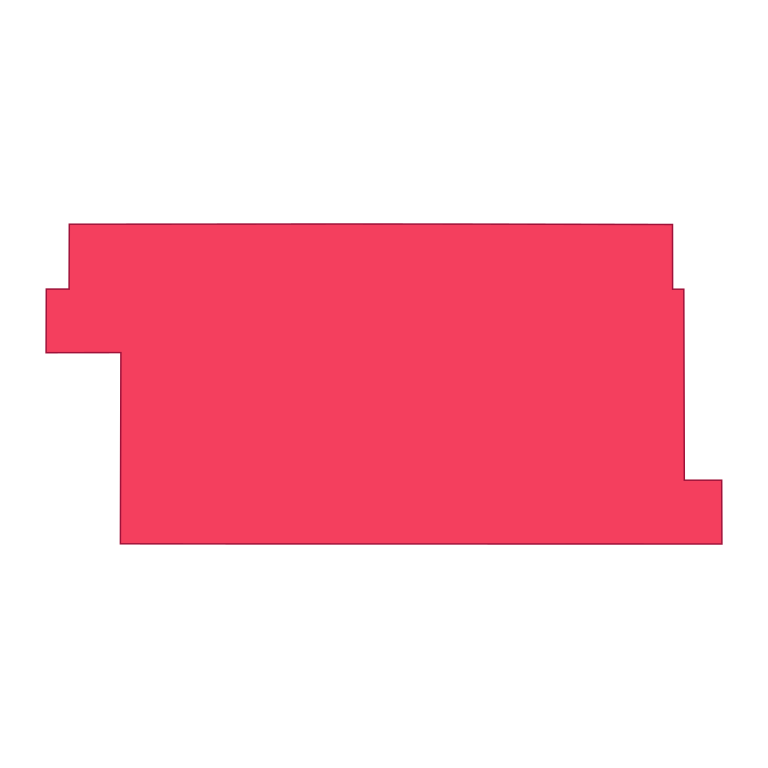 outline of Daniels, Montana, United States of America
{"feature_id": "52423323B93152505552387", "entity_name": "Daniels", "entity_type": "district", "adm_level": 2, "iso_a3": "USA", "parent_name": "United States of America", "parent_adm1": "Montana", "projection": "equal_earth", "projection_center": [-105.604, 48.781], "detail": "fine", "context": "isolated", "style": "filled", "palette": "rose", "viewbox_px": 768, "rotation_deg": 0, "n_neighbors": 0, "source": "geoboundaries", "source_scale": "gbopen_adm2", "svg_char_len": 356}
<svg xmlns="http://www.w3.org/2000/svg" viewBox="0 0 768 768"><path d="M244.9,543.9L721.9,544.0L721.7,480.2L684.3,480.2L683.8,289.2L672.6,289.2L672.5,224.5L573.2,224.3L464.4,224.1L343.0,224.0L237.4,224.1L104.6,224.2L69.3,224.2L69.1,289.1L46.3,289.1L46.1,352.7L120.9,352.6L120.4,543.8L244.9,543.9Z" fill="#f43f5e" stroke="#9f1239" stroke-width="1.5"/></svg>